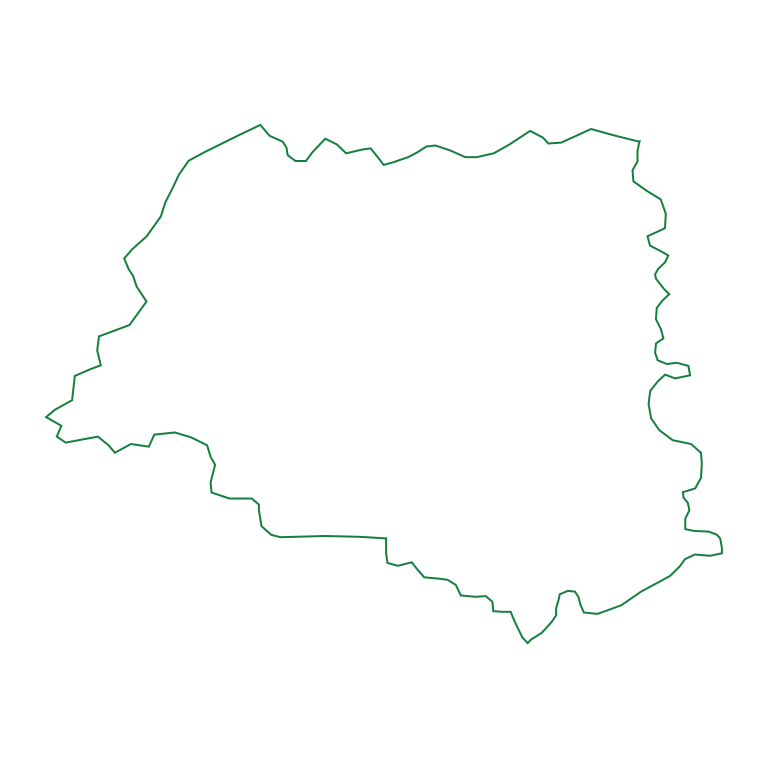 the district of Ashmyany, Grodno, Belarus
{"feature_id": "67162791B18933715013959", "entity_name": "Ashmyany", "entity_type": "district", "adm_level": 2, "iso_a3": "BLR", "parent_name": "Belarus", "parent_adm1": "Grodno", "projection": "robinson", "projection_center": [25.945, 54.359], "detail": "fine", "context": "isolated", "style": "outline", "palette": "green", "viewbox_px": 768, "rotation_deg": 0, "n_neighbors": 0, "source": "geoboundaries", "source_scale": "gbopen_adm2", "svg_char_len": 2311}
<svg xmlns="http://www.w3.org/2000/svg" viewBox="0 0 768 768"><path d="M260.3,124.9L238.8,135.2L204.8,152.0L188.7,160.7L178.9,174.7L172.6,188.1L165.4,202.2L160.9,216.3L146.6,236.4L132.3,249.1L124.2,258.5L128.7,269.3L133.1,276.0L136.7,286.7L146.5,301.5L129.5,325.0L111.6,331.7L99.0,336.4L97.2,350.5L100.8,365.3L90.0,369.3L74.8,376.0L73.0,392.2L72.1,400.2L55.0,409.7L46.1,417.1L61.3,425.8L56.8,436.6L65.7,442.6L97.9,436.6L108.6,445.3L114.9,452.7L131.0,444.0L148.9,446.7L154.3,434.6L174.9,432.5L191.0,437.3L207.1,445.3L210.6,456.8L215.1,464.9L210.6,482.4L211.5,492.5L229.3,498.5L251.7,498.5L258.9,504.6L258.9,510.0L261.5,526.2L271.4,534.9L280.4,537.2L324.5,536.0L359.6,536.8L386.1,538.4L386.1,553.1L387.4,562.9L397.8,565.8L411.8,562.3L417.6,569.8L424.2,577.3L438.4,578.6L447.5,579.8L455.8,584.9L460.8,595.5L475.8,596.8L485.8,596.1L492.4,601.8L493.3,611.2L502.4,611.8L510.7,611.8L513.2,618.1L516.6,625.6L522.4,637.5L527.7,643.1L531.0,639.6L541.8,632.8L551.6,622.0L556.1,615.2L556.1,608.5L558.8,599.0L559.7,594.3L567.7,590.9L574.9,591.6L578.5,597.0L580.3,604.4L583.9,612.5L597.3,613.9L612.5,608.5L621.5,605.1L641.1,591.6L669.8,576.1L679.6,566.6L685.0,559.2L694.8,554.5L710.0,555.8L721.9,553.3L721.9,547.9L720.2,538.5L716.9,534.7L708.6,531.6L694.4,531.0L685.3,529.1L685.3,518.5L689.4,510.3L687.8,502.8L683.6,497.8L682.8,492.2L695.2,488.4L701.0,477.8L701.8,463.4L701.0,452.8L691.0,444.0L672.7,440.2L659.4,430.2L651.1,418.4L648.6,404.0L650.2,390.9L657.7,381.5L665.1,374.6L675.1,378.4L690.1,375.3L688.4,365.9L676.8,362.8L666.8,364.0L657.7,360.3L655.1,352.8L656.0,343.4L663.4,338.4L660.9,329.1L655.9,319.1L656.8,307.9L662.6,300.4L669.2,294.2L664.2,289.2L655.9,278.6L655.1,274.2L658.4,268.6L665.0,262.4L668.3,255.5L660.8,251.2L650.0,245.6L647.5,236.2L655.8,232.5L665.0,228.1L665.8,213.8L660.8,199.5L646.7,190.8L633.4,181.4L632.5,170.2L637.5,161.5L637.5,151.0L639.5,141.4L639.0,141.6L615.6,135.8L591.0,129.0L574.2,136.7L561.2,142.6L548.3,143.5L543.1,137.7L530.1,130.9L509.4,144.5L493.8,153.3L477.0,157.1L465.3,157.1L449.8,150.3L435.5,145.5L426.4,146.5L417.4,152.3L408.3,157.1L394.0,162.0L383.6,164.9L378.5,158.1L370.7,148.4L362.9,149.4L346.1,153.3L337.0,144.5L325.3,138.7L312.4,152.3L305.9,161.0L295.5,161.0L287.7,155.2L286.4,147.4L282.6,141.6L269.6,135.8L260.3,124.9Z" fill="none" stroke="#15803d" stroke-width="2"/></svg>